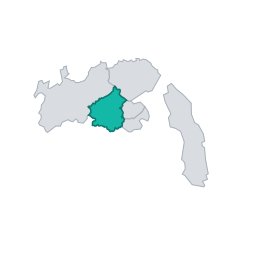 Belarus and the surrounding countries, rotated 138°
{"feature_id": "BLR", "entity_name": "Belarus", "entity_type": "country or territory", "adm_level": 0, "iso_a3": "BLR", "parent_name": "Europe", "parent_adm1": "", "projection": "orthographic", "projection_center": [28.129, 53.705], "detail": "fine", "context": "with_neighbors", "style": "filled", "palette": "teal", "viewbox_px": 256, "rotation_deg": 138, "n_neighbors": 5, "source": "natural_earth", "source_scale": "50m", "svg_char_len": 6288}
<svg xmlns="http://www.w3.org/2000/svg" viewBox="0 0 256 256"><g transform="rotate(138 128 128)"><path d="M64.4,104.2L71.6,95.9L74.9,87.5L73.6,83.2L75.9,73.3L79.8,66.9L83.0,67.7L84.8,65.0L84.3,62.2L91.4,52.8L99.0,40.3L101.7,40.7L103.2,36.7L108.3,38.6L109.4,33.8L111.1,33.6L118.3,43.0L117.5,54.5L118.4,57.5L112.8,59.3L109.1,64.2L109.1,68.9L95.5,80.0L91.2,90.2L92.9,95.9L95.9,100.6L91.0,108.6L86.7,109.8L83.0,122.3L79.4,129.0L74.4,127.3L70.8,132.8L65.9,132.1L66.1,124.7L64.7,115.5L64.4,104.2Z" fill="#d9dde1" stroke="#a8b0b8" stroke-width="1"/><path d="M168.6,212.0L171.4,213.6L176.8,212.5L176.0,215.3L170.3,217.3L163.2,222.4L160.1,221.0L161.0,217.4L155.0,215.6L160.8,211.2L159.2,209.5L150.8,208.1L150.3,205.3L145.5,206.4L139.6,216.5L137.1,215.2L134.6,216.4L132.2,215.1L133.5,214.2L135.9,209.1L135.5,207.8L141.7,207.8L139.1,204.0L138.3,200.8L136.4,199.6L136.7,197.0L134.4,194.9L128.5,192.3L121.7,194.0L120.3,195.8L114.7,197.5L112.4,195.5L106.0,194.2L103.6,195.7L103.4,193.6L100.7,191.3L103.5,186.4L104.6,186.9L103.5,183.4L108.5,177.4L111.0,176.6L111.6,174.5L109.6,167.6L111.9,167.5L114.6,165.5L123.1,166.3L133.9,169.5L135.7,168.1L137.0,169.9L143.3,170.1L143.4,166.3L144.8,164.5L150.7,164.1L151.8,162.3L158.0,161.5L161.4,165.6L160.3,167.2L160.9,169.6L164.8,169.6L166.8,172.7L166.9,174.3L173.3,176.3L176.9,174.6L180.4,177.7L190.8,178.6L191.2,180.8L189.8,185.1L191.6,189.1L191.1,191.7L186.3,193.1L184.0,195.6L184.3,199.0L180.2,200.1L177.0,203.0L172.2,204.0L167.9,207.3L168.6,212.0Z" fill="#d9dde1" stroke="#a8b0b8" stroke-width="1"/><path d="M110.5,149.7L110.5,153.1L111.6,156.1L111.4,159.2L108.5,160.5L111.6,174.5L111.0,176.6L108.5,177.4L103.5,183.4L104.6,186.9L99.0,183.1L95.3,183.8L93.1,182.8L89.9,184.1L87.8,181.1L85.6,181.8L83.6,177.3L80.0,176.3L79.9,173.9L76.7,172.5L75.7,174.3L73.3,172.3L74.0,170.3L70.5,169.0L68.7,166.2L67.7,161.0L68.5,158.4L68.2,154.1L67.0,151.1L68.7,149.4L68.4,145.3L85.2,139.7L89.4,141.6L89.5,143.5L107.4,146.2L109.6,147.2L110.5,149.7Z" fill="#d9dde1" stroke="#a8b0b8" stroke-width="1"/><path d="M124.5,137.2L124.8,140.6L121.1,143.0L119.9,147.3L114.9,150.0L110.5,149.7L109.6,147.2L107.4,146.2L107.8,142.2L101.5,139.1L101.2,132.5L106.3,130.6L117.6,131.1L118.2,132.7L120.4,133.3L124.5,137.2Z" fill="#d9dde1" stroke="#a8b0b8" stroke-width="1"/><path d="M128.1,122.9L130.1,124.7L131.8,133.0L124.5,137.2L120.4,133.3L118.2,132.7L117.6,131.1L106.3,130.6L101.2,132.5L102.0,126.8L104.5,122.2L108.6,119.9L111.4,125.9L114.8,125.9L115.9,120.1L119.5,118.9L124.7,122.8L128.1,122.9Z" fill="#d9dde1" stroke="#a8b0b8" stroke-width="1"/><path d="M148.8,163.9L147.9,163.9L146.8,163.9L146.2,164.4L145.6,164.2L145.1,164.5L144.5,165.2L144.1,165.7L143.7,166.3L143.6,166.7L143.3,167.3L143.1,168.0L143.2,168.5L143.5,169.0L143.5,169.5L143.6,169.8L143.4,170.1L143.2,170.6L142.8,170.5L142.2,170.1L142.1,169.6L141.6,169.2L141.3,169.0L140.9,169.0L140.1,169.2L139.2,169.3L138.4,169.4L138.0,169.6L137.4,169.8L137.2,169.6L136.9,168.9L136.6,168.3L136.4,168.0L136.2,167.9L136.0,168.0L135.8,168.2L135.7,168.4L135.4,168.4L135.0,168.6L134.8,168.9L134.5,169.4L134.3,169.4L134.1,169.3L133.8,168.6L133.5,168.5L133.0,168.5L132.4,168.3L131.8,168.1L131.7,168.2L131.4,168.4L131.0,168.5L130.3,168.2L130.1,168.3L130.0,168.7L129.7,169.1L129.4,169.0L129.5,168.4L129.1,168.2L128.3,168.1L127.8,168.2L127.6,168.2L126.9,167.0L126.6,166.9L126.0,166.9L125.1,166.8L124.1,166.5L123.6,166.4L123.3,166.2L122.7,166.1L121.1,165.6L120.5,165.5L119.5,165.5L118.0,165.3L117.0,165.3L116.6,165.5L116.1,165.5L115.2,165.6L114.9,165.5L114.3,165.6L113.7,165.6L113.5,165.9L113.3,166.3L112.5,167.1L111.7,167.7L111.2,167.4L110.9,167.3L110.5,167.2L110.2,167.3L110.0,168.1L109.9,168.1L109.7,167.3L109.7,166.6L109.9,166.2L110.2,165.9L110.1,165.3L110.4,164.6L110.4,164.1L110.3,163.9L110.2,163.6L109.7,163.3L109.5,163.1L108.9,162.7L108.4,162.3L108.3,162.1L108.3,161.9L108.4,161.7L108.9,161.0L109.5,160.4L109.8,160.1L111.6,159.4L111.9,159.1L112.0,158.6L112.0,158.2L112.0,157.5L111.9,156.6L111.9,155.9L111.6,154.7L110.9,152.1L110.5,149.5L110.9,149.6L111.7,149.8L112.3,149.6L112.6,149.6L112.9,149.7L113.3,149.6L113.7,149.6L113.9,149.8L114.3,150.1L115.0,149.8L115.7,149.5L116.4,149.5L116.5,149.3L116.7,148.4L116.9,148.2L117.7,148.4L118.0,148.2L118.3,147.8L118.8,147.5L119.2,147.5L119.6,147.2L119.8,147.4L119.9,147.8L119.7,148.1L119.8,148.2L120.1,148.4L120.5,148.4L120.9,148.3L120.9,148.1L120.9,147.8L120.9,147.5L120.7,147.2L120.3,147.1L120.0,147.1L120.0,146.9L120.1,146.6L120.4,145.9L120.7,145.4L120.9,145.2L120.9,144.6L120.9,144.0L121.2,143.1L121.5,142.4L122.0,142.2L122.6,142.1L123.0,141.8L123.1,141.5L123.2,141.2L123.3,140.9L123.5,140.8L124.9,140.9L125.1,140.3L125.2,140.2L125.5,140.0L125.6,139.8L125.6,139.7L125.2,139.6L124.4,139.5L124.3,139.3L124.3,139.0L124.6,138.5L124.8,137.7L124.9,137.1L124.9,136.8L125.0,136.7L125.7,136.6L125.9,136.5L126.5,135.7L126.9,135.6L128.0,135.8L128.5,135.8L129.2,135.8L129.3,135.7L129.5,135.0L129.7,134.7L130.6,133.7L131.2,133.3L131.5,133.2L132.3,133.9L132.7,133.6L132.8,133.6L133.5,133.6L133.8,133.8L134.0,134.3L134.2,134.6L134.5,134.7L135.1,134.3L135.5,134.1L136.6,134.5L137.0,134.7L137.1,134.9L137.1,135.2L137.0,135.5L136.9,135.9L137.2,136.4L137.5,136.7L138.1,136.1L138.3,136.0L138.6,136.0L138.9,135.8L139.2,135.5L139.4,135.4L139.9,135.4L140.7,135.3L141.7,135.8L141.8,135.9L142.3,136.4L142.4,136.7L142.6,136.7L142.9,137.0L143.2,137.1L143.5,137.1L143.7,137.4L143.7,137.7L143.7,138.7L143.6,139.0L143.4,139.2L143.3,139.4L143.4,139.6L143.7,140.0L144.0,140.7L144.1,141.1L144.2,141.3L143.7,142.2L143.5,142.4L143.4,142.8L143.4,143.3L144.3,144.1L144.9,144.4L145.1,144.6L144.8,145.4L144.8,145.6L145.3,145.9L145.6,146.4L145.8,147.1L146.3,147.8L147.4,148.4L148.1,148.8L148.3,149.0L148.3,149.8L148.2,150.4L148.1,150.7L148.4,150.9L149.2,150.8L150.1,150.8L151.3,151.5L151.3,151.8L151.2,152.0L151.3,152.3L151.4,152.6L152.5,153.3L152.6,153.5L152.6,153.9L152.6,154.1L152.3,154.2L152.0,154.3L151.6,154.7L151.4,155.2L150.6,155.9L150.1,156.2L149.7,156.2L148.8,156.1L148.4,155.8L148.3,155.6L147.9,155.4L147.4,155.5L146.8,155.5L146.6,155.6L146.5,156.0L146.3,156.6L146.1,156.9L146.3,157.1L146.6,157.6L147.0,158.1L147.4,158.6L147.6,158.9L147.6,159.1L147.4,159.3L147.5,159.8L147.9,160.5L147.8,161.4L147.8,162.3L147.9,162.5L148.2,162.7L148.4,163.0L148.7,163.7L148.8,163.9Z" fill="#14b8a6" stroke="#0f766e" stroke-width="1.5"/></g></svg>